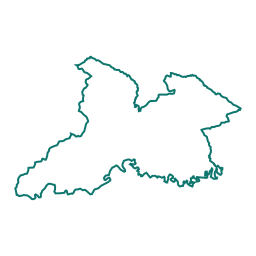 outline of Ntsupe, Qacha's Nek, Lesotho
{"feature_id": "5366337B15703644997437", "entity_name": "Ntsupe", "entity_type": "district", "adm_level": 2, "iso_a3": "LSO", "parent_name": "Lesotho", "parent_adm1": "Qacha's Nek", "projection": "orthographic", "projection_center": [28.725, -29.92], "detail": "fine", "context": "isolated", "style": "outline", "palette": "teal", "viewbox_px": 256, "rotation_deg": 0, "n_neighbors": 0, "source": "geoboundaries", "source_scale": "gbopen_adm2", "svg_char_len": 5811}
<svg xmlns="http://www.w3.org/2000/svg" viewBox="0 0 256 256"><path d="M91.9,194.1L94.5,189.5L98.5,188.2L101.2,185.7L107.8,182.3L110.3,180.4L110.3,179.2L109.4,177.7L108.3,177.9L105.4,180.1L104.5,179.8L104.0,177.8L105.7,175.6L108.9,175.0L110.1,171.0L112.3,167.6L114.2,166.8L115.9,165.6L116.6,165.5L118.0,166.5L120.7,169.7L124.2,171.7L125.0,171.3L124.9,169.6L122.5,166.3L122.5,164.1L123.9,160.8L127.9,159.5L129.5,159.5L131.7,160.9L134.0,159.4L134.8,159.8L134.8,162.1L135.7,163.3L135.3,164.0L133.8,164.5L130.7,163.7L130.0,164.3L132.2,165.8L133.8,167.8L135.4,168.4L137.2,167.3L138.3,167.7L138.9,169.2L137.8,169.9L137.2,170.9L138.7,171.6L138.2,175.4L139.2,174.0L141.0,175.0L141.0,176.1L142.3,176.1L144.4,173.7L146.5,172.8L150.1,177.5L151.0,177.2L152.3,175.9L155.5,175.9L157.3,177.6L157.8,177.2L157.9,176.5L158.8,176.4L162.0,177.7L164.0,176.7L164.7,177.6L164.5,179.5L164.8,180.7L164.4,181.3L166.6,182.6L167.3,182.5L167.3,181.4L168.3,179.1L168.1,177.2L169.5,174.8L170.1,174.4L172.4,175.7L173.1,176.8L172.7,178.0L171.7,178.2L170.7,179.3L170.8,179.8L171.6,180.7L173.8,181.9L175.1,180.8L174.7,178.8L175.1,178.6L177.7,181.5L178.1,184.5L178.5,185.4L180.1,186.5L181.2,186.0L183.0,185.9L183.2,184.5L183.8,183.4L183.4,182.2L183.7,181.5L184.2,181.5L184.8,182.9L186.7,180.7L187.3,181.0L187.3,181.8L186.9,182.1L187.6,183.8L189.5,185.3L192.3,186.5L192.7,186.0L192.7,184.2L194.5,182.5L192.1,181.9L190.5,183.2L189.8,183.2L190.9,180.7L190.9,178.3L192.1,178.2L192.8,176.6L193.6,176.3L194.2,178.1L196.3,179.1L196.6,180.0L196.6,181.6L198.9,181.2L199.3,180.7L198.3,178.4L196.8,178.5L196.9,177.1L206.4,177.9L207.3,177.5L207.3,176.6L206.8,175.5L205.1,175.5L205.3,172.0L205.8,171.6L206.8,171.6L207.2,174.6L208.4,174.6L208.9,174.1L209.9,171.1L210.9,170.3L211.9,168.4L212.3,168.9L212.3,170.4L211.7,171.7L210.9,177.0L214.0,178.9L216.8,178.6L217.1,177.6L215.8,177.5L215.0,176.3L214.7,173.7L214.9,172.0L216.0,170.8L216.4,168.8L216.8,168.8L217.0,169.7L216.5,170.3L216.5,171.0L217.5,173.1L218.6,173.5L219.5,174.5L220.7,174.8L221.7,173.5L221.3,170.8L222.3,169.7L222.4,168.1L221.3,167.8L220.7,168.7L220.4,168.6L217.8,165.7L216.5,166.9L215.0,165.7L214.9,164.9L214.1,164.6L214.0,163.6L210.0,160.7L210.4,158.7L209.9,158.5L209.8,157.7L209.2,157.6L209.2,157.0L209.7,157.1L209.8,156.7L209.0,155.7L209.8,154.9L210.8,152.4L211.0,150.6L210.5,148.7L210.7,147.0L209.5,145.9L208.9,144.5L209.2,143.3L207.9,141.3L206.8,136.7L204.1,134.9L203.8,133.5L201.7,130.5L201.5,129.8L206.2,128.5L209.4,128.3L210.0,128.8L211.8,127.0L214.2,127.1L215.7,126.3L219.0,125.7L220.3,124.9L221.4,122.7L224.6,122.7L225.6,121.9L228.5,121.5L228.9,121.1L228.8,120.5L228.1,119.1L228.1,118.3L226.6,116.5L227.1,114.5L233.4,112.3L236.3,111.7L238.0,110.8L238.5,109.8L240.0,109.9L240.6,108.4L236.0,105.7L233.2,104.6L231.2,102.5L229.2,101.7L227.8,100.3L226.4,98.0L222.8,97.0L220.8,95.5L220.2,94.0L217.8,93.4L216.3,94.4L215.5,94.2L214.7,92.7L213.3,92.0L211.3,89.9L207.1,87.6L207.1,87.0L205.1,85.6L204.5,85.7L204.3,85.0L203.7,84.9L203.4,83.5L202.3,81.7L200.1,80.2L200.2,79.8L199.6,79.7L199.4,79.0L197.1,77.8L195.9,76.0L194.0,75.4L193.5,75.7L192.3,75.0L191.6,75.8L191.0,75.8L190.6,75.3L189.1,76.0L187.4,76.0L185.9,77.0L184.5,76.6L183.5,76.9L181.7,76.6L178.6,74.9L177.2,75.2L175.9,74.1L174.7,74.3L173.8,73.7L171.4,72.9L170.9,73.0L170.8,76.5L170.1,76.7L167.2,75.5L166.6,75.7L165.7,76.5L165.4,78.3L163.9,80.7L164.2,81.5L165.3,82.3L167.2,85.5L167.7,88.9L168.6,90.5L169.3,91.0L170.6,91.2L174.4,89.9L174.7,90.4L174.1,93.2L172.5,93.9L169.0,93.6L167.0,94.6L159.1,94.6L158.5,95.4L158.6,97.2L157.4,98.3L156.8,100.0L156.1,100.8L150.2,101.1L148.7,102.2L146.3,105.2L143.6,106.9L141.9,107.3L140.8,108.5L140.4,110.8L138.9,111.2L138.6,109.5L138.9,107.6L138.6,106.0L136.5,105.0L136.1,106.7L135.2,107.1L134.8,106.8L135.2,105.6L134.0,102.8L134.9,101.9L135.0,99.5L135.9,98.7L135.7,97.8L137.7,95.6L136.8,93.6L136.6,92.2L136.9,91.2L137.6,91.0L137.9,90.4L137.7,89.1L138.1,88.2L137.3,87.2L137.4,85.4L136.8,84.4L134.8,82.7L134.9,81.8L134.5,81.1L134.0,81.0L132.5,79.6L131.5,79.6L129.3,75.7L128.1,75.1L127.3,76.1L125.8,73.8L123.8,73.5L123.3,72.5L122.3,71.9L120.6,72.0L119.1,70.0L116.4,69.9L115.1,69.3L114.5,69.5L113.3,67.9L111.7,67.4L109.7,65.3L103.2,63.8L99.2,60.8L97.5,60.2L96.5,60.5L95.0,59.0L91.7,57.7L91.0,56.8L89.8,57.3L89.6,58.3L87.0,58.6L86.6,59.8L85.1,60.5L84.5,62.0L83.0,62.6L79.1,65.0L76.4,65.2L77.6,66.1L78.5,68.8L79.8,69.1L81.4,68.6L82.2,68.8L84.4,72.2L87.2,73.0L91.2,76.2L88.4,78.7L86.8,79.2L85.9,80.0L85.7,82.4L86.5,83.8L87.6,84.8L87.6,85.3L85.6,87.8L84.0,88.5L82.2,92.0L82.7,94.8L83.6,95.3L82.9,99.0L83.2,101.1L80.8,101.8L79.3,103.2L79.1,104.0L79.9,107.6L78.8,110.9L81.5,112.2L84.0,115.0L85.8,116.2L86.8,117.5L88.1,120.8L87.9,121.9L86.5,123.2L86.0,124.3L84.2,131.4L82.8,132.9L81.0,136.0L80.1,136.3L78.9,136.3L77.9,135.8L76.7,136.6L75.9,136.5L74.2,134.9L70.9,133.7L71.2,135.0L70.0,136.9L69.7,138.1L65.4,139.4L64.5,140.3L62.5,141.1L59.2,141.4L57.5,144.6L56.7,145.4L54.9,145.8L50.2,147.9L49.1,149.4L49.0,150.9L47.6,152.8L47.1,156.3L45.9,159.6L44.9,159.7L43.1,158.7L42.3,158.8L41.7,160.6L40.9,161.5L37.4,161.8L35.1,162.5L35.1,164.3L33.6,167.5L28.5,167.8L28.2,171.0L26.9,173.7L24.7,174.0L23.4,174.7L20.6,175.4L18.5,178.0L18.0,180.0L18.3,181.3L18.2,182.5L17.6,183.8L16.8,184.7L16.7,186.9L15.4,188.2L16.7,194.9L17.6,194.8L18.5,195.8L19.3,196.0L22.2,195.6L23.5,195.0L27.5,195.5L30.5,197.5L31.8,199.0L32.9,199.2L34.5,198.7L35.3,198.0L35.5,197.4L34.9,195.1L35.7,194.4L37.6,195.6L38.9,197.4L40.6,197.2L41.0,195.9L40.7,193.8L41.7,192.5L42.3,190.7L44.9,188.3L46.6,185.4L48.5,183.8L50.9,183.9L53.8,184.9L54.6,184.8L55.1,186.3L55.0,189.8L54.3,191.6L55.5,193.3L59.7,193.3L64.3,192.8L65.6,190.6L66.0,190.5L66.7,190.8L67.5,193.8L68.0,194.4L71.5,193.5L72.3,193.8L73.8,192.5L74.0,191.4L75.4,189.6L77.3,189.5L80.2,188.7L82.9,190.2L84.8,189.8L85.5,190.1L90.3,194.3L91.9,194.1Z" fill="none" stroke="#0f766e" stroke-width="2"/></svg>